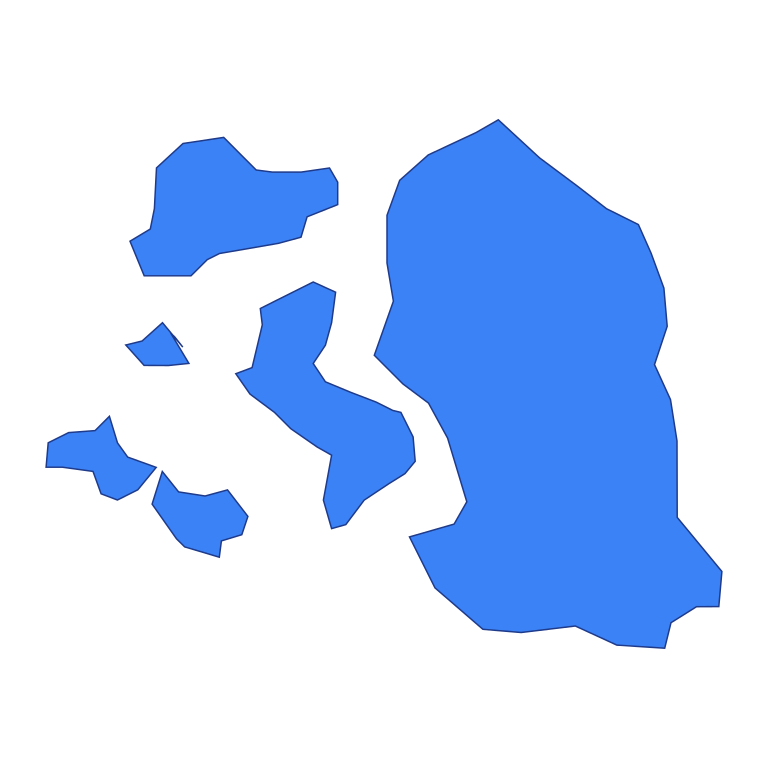 Ganghwa-gun, Gyeonggi, South Korea (orthographic projection)
{"feature_id": "91817680B24929628173287", "entity_name": "Ganghwa-gun", "entity_type": "district", "adm_level": 2, "iso_a3": "KOR", "parent_name": "South Korea", "parent_adm1": "Gyeonggi", "projection": "orthographic", "projection_center": [126.329, 37.696], "detail": "fine", "context": "isolated", "style": "filled", "palette": "blue", "viewbox_px": 768, "rotation_deg": 0, "n_neighbors": 0, "source": "geoboundaries", "source_scale": "gbopen_adm2", "svg_char_len": 1668}
<svg xmlns="http://www.w3.org/2000/svg" viewBox="0 0 768 768"><path d="M638.4,224.6L606.5,208.7L577.9,186.5L539.6,157.9L498.3,119.8L476.0,132.6L428.3,154.9L399.7,180.3L387.0,215.3L387.0,263.0L393.4,301.2L374.3,355.3L403.0,384.0L428.5,403.1L447.6,438.1L466.8,501.8L454.1,524.1L409.5,536.9L435.0,587.9L482.9,629.3L521.1,632.5L575.3,626.0L616.8,645.1L664.7,648.2L671.0,622.7L696.5,606.7L715.2,606.6L718.8,606.6L721.9,571.5L677.2,517.4L677.1,482.4L677.0,441.0L670.5,399.6L654.5,364.6L667.2,326.3L663.9,288.1L651.1,253.2L638.4,224.6ZM345.8,524.6L364.2,500.1L388.7,483.8L405.0,473.6L415.2,461.3L413.1,436.9L400.9,412.4L392.7,410.4L376.4,402.2L349.9,392.0L325.4,381.8L313.2,363.5L325.4,345.2L331.6,322.7L335.6,292.2L313.2,282.0L276.6,300.3L260.3,308.5L262.3,324.8L252.1,367.6L235.8,373.7L250.0,394.1L274.5,412.4L290.8,428.7L317.3,447.1L331.6,455.2L323.4,500.1L331.6,528.6L345.8,524.6ZM256.2,170.0L237.9,151.7L223.7,137.4L183.0,143.5L156.5,167.9L154.4,208.6L150.3,229.0L130.0,241.2L144.2,275.8L170.7,275.8L191.0,275.8L207.3,259.6L219.5,253.5L278.6,243.3L301.0,237.2L307.1,216.8L337.7,204.6L337.7,182.2L329.5,168.0L301.0,172.1L272.5,172.1L256.2,170.0ZM178.6,491.9L162.3,471.5L152.1,504.1L176.5,538.8L184.7,546.9L219.3,557.2L221.4,540.9L241.8,534.7L247.9,516.4L227.5,489.9L205.1,496.0L178.6,491.9ZM156.2,467.4L127.7,457.1L117.5,442.9L109.4,416.3L95.1,430.6L68.6,432.6L48.2,442.8L46.1,467.2L62.4,467.2L93.0,471.4L101.1,493.8L117.4,500.0L137.8,489.8L156.2,467.4ZM172.6,334.9L162.5,322.7L142.1,341.0L125.8,345.0L144.1,365.4L168.5,365.5L188.9,363.4L170.6,332.9L172.6,334.9ZM172.6,334.9L182.8,347.1L174.7,336.9L172.6,334.9Z" fill="#3b82f6" stroke="#1e3a8a" stroke-width="1.5"/></svg>